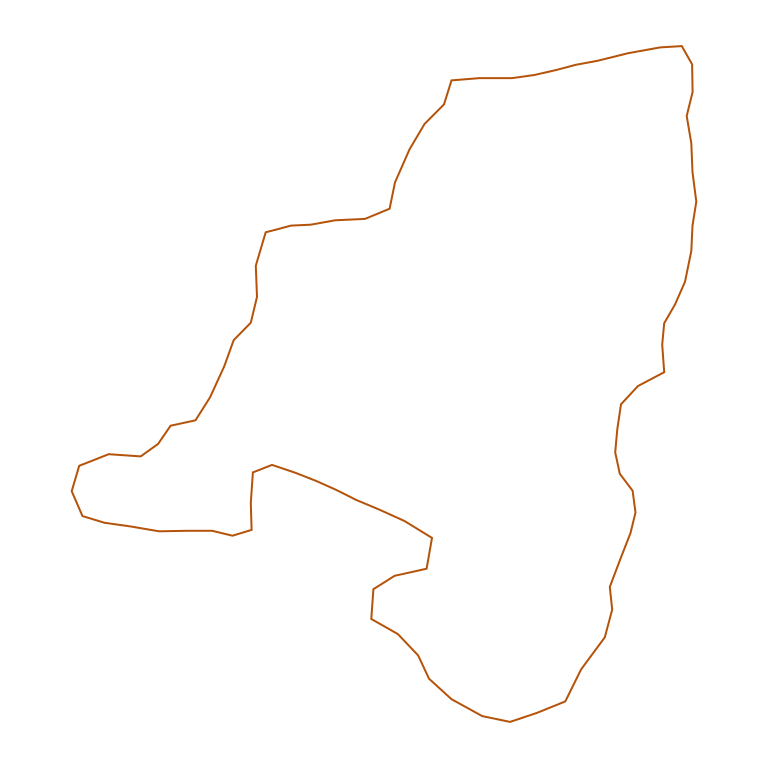 Ribeirão Vermelho, Minas Gerais, Brazil
{"feature_id": "56859067B66490623340550", "entity_name": "Ribeirão Vermelho", "entity_type": "district", "adm_level": 2, "iso_a3": "BRA", "parent_name": "Brazil", "parent_adm1": "Minas Gerais", "projection": "orthographic", "projection_center": [-45.077, -21.15], "detail": "fine", "context": "isolated", "style": "outline", "palette": "amber", "viewbox_px": 768, "rotation_deg": 0, "n_neighbors": 0, "source": "geoboundaries", "source_scale": "gbopen_adm2", "svg_char_len": 1192}
<svg xmlns="http://www.w3.org/2000/svg" viewBox="0 0 768 768"><path d="M662.2,344.6L664.2,323.2L675.0,304.5L685.0,281.8L691.3,251.0L692.5,225.6L696.3,201.6L692.5,172.2L691.3,143.2L686.7,116.0L692.6,92.0L692.1,64.3L681.8,46.1L660.1,47.4L628.1,53.2L597.4,60.8L575.8,64.8L555.8,70.1L534.2,75.0L512.2,78.1L479.7,78.1L451.5,80.4L444.0,104.4L424.5,124.0L409.5,149.4L395.0,182.4L389.6,208.7L365.0,218.9L335.1,220.3L310.6,224.7L291.1,225.6L265.7,232.3L255.8,265.7L257.0,296.9L250.8,322.7L233.7,340.1L224.2,366.4L210.1,397.2L195.5,420.3L170.6,425.7L158.1,443.9L140.7,456.4L108.7,454.2L79.2,465.8L71.7,491.2L82.5,516.1L104.6,522.8L130.3,526.4L159.0,531.3L186.8,530.8L212.2,530.8L232.5,535.7L251.6,529.9L250.8,502.7L252.9,472.4L272.0,464.9L295.7,472.9L316.0,480.9L336.0,489.8L356.3,500.0L378.8,509.4L404.5,521.0L432.0,537.9L426.6,568.7L394.6,575.8L373.4,589.2L371.3,619.0L397.9,634.1L418.2,655.5L429.0,678.7L451.5,699.2L482.2,716.1L510.0,721.9L536.6,713.0L565.3,701.4L581.1,669.4L604.8,637.3L612.2,609.7L609.8,586.9L620.6,558.4L630.5,533.0L635.5,512.5L632.6,490.7L619.8,473.8L615.2,452.4L617.3,429.2L621.0,404.3L638.0,386.0L664.2,372.2L662.2,344.6Z" fill="none" stroke="#b45309" stroke-width="2"/></svg>